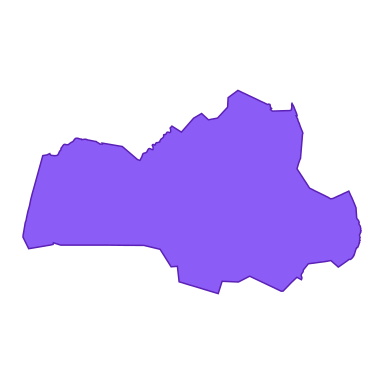 the district of Siltepec, Chiapas, Mexico
{"feature_id": "50627088B9123326628132", "entity_name": "Siltepec", "entity_type": "district", "adm_level": 2, "iso_a3": "MEX", "parent_name": "Mexico", "parent_adm1": "Chiapas", "projection": "mercator", "projection_center": [-92.403, 15.558], "detail": "fine", "context": "isolated", "style": "filled", "palette": "violet", "viewbox_px": 384, "rotation_deg": 0, "n_neighbors": 0, "source": "geoboundaries", "source_scale": "gbopen_adm2", "svg_char_len": 4994}
<svg xmlns="http://www.w3.org/2000/svg" viewBox="0 0 384 384"><path d="M218.2,293.6L222.1,281.3L238.4,282.0L249.3,276.4L249.7,276.2L281.2,291.2L283.1,291.1L291.5,282.4L295.2,278.9L296.9,277.3L301.4,279.7L301.8,278.8L301.9,277.7L301.7,276.8L301.3,276.2L301.2,275.5L301.3,274.9L301.5,274.1L301.9,273.4L302.5,272.7L302.9,272.1L303.2,271.2L303.4,269.9L308.3,263.8L312.0,263.3L313.9,263.1L317.2,262.6L318.9,262.4L321.9,262.0L323.5,261.8L327.0,261.3L327.1,261.2L329.0,260.9L331.0,260.6L333.4,262.8L337.1,266.0L338.3,267.1L342.6,264.1L345.1,262.3L348.1,260.2L348.6,259.6L349.8,259.4L350.6,259.4L352.0,258.2L352.4,257.6L352.9,257.2L353.2,256.6L353.2,256.3L353.6,256.1L353.8,255.3L354.0,255.3L354.3,254.5L356.1,248.7L356.6,248.3L356.7,248.0L356.7,247.6L357.3,247.5L357.8,247.2L358.6,245.3L358.7,245.0L358.9,244.0L359.2,243.7L359.1,243.3L359.3,242.7L359.6,242.5L359.6,242.2L359.6,241.8L359.4,241.0L360.1,240.3L359.8,239.8L359.7,239.4L359.7,239.1L359.6,238.6L360.1,237.8L360.1,237.4L359.9,237.1L359.8,236.6L359.7,236.3L359.5,235.8L359.6,235.1L359.5,234.6L360.0,234.0L360.2,233.5L360.3,233.1L360.4,232.8L360.5,232.7L360.9,232.0L360.9,231.9L360.6,231.7L360.8,231.2L360.9,230.8L361.0,230.6L360.7,230.4L360.8,230.0L360.8,229.8L360.6,229.4L360.8,228.6L360.4,227.0L360.3,226.2L359.8,225.4L359.6,225.1L359.3,224.7L359.2,224.5L358.8,223.4L359.1,223.0L359.2,222.6L358.8,221.1L357.5,219.2L357.1,219.0L356.7,218.0L356.0,207.8L354.5,204.0L352.6,199.5L351.7,197.4L350.6,195.2L348.8,191.1L346.1,192.4L344.0,193.3L340.8,194.9L338.6,195.8L336.3,196.9L332.8,198.5L330.6,198.8L328.9,197.8L328.1,197.3L326.4,196.5L324.7,195.6L320.4,193.5L317.1,191.9L314.4,190.6L312.4,189.5L309.6,188.2L308.5,186.5L306.3,183.0L304.2,179.9L302.7,177.5L300.4,174.0L297.9,170.2L297.0,168.8L298.5,163.7L299.9,159.6L300.5,158.6L301.0,152.5L301.5,146.5L302.0,140.6L302.5,134.3L302.9,133.3L302.6,132.2L301.6,129.8L300.5,127.0L300.4,126.8L299.4,123.9L299.3,123.4L299.2,123.4L298.0,120.6L297.8,119.3L297.7,119.3L297.0,117.8L296.4,116.4L296.1,115.8L297.1,115.7L296.8,114.9L296.9,114.5L296.6,113.7L293.6,106.2L292.0,103.4L291.8,103.8L291.7,104.4L291.7,104.8L291.7,105.4L291.7,105.8L291.8,106.4L291.8,106.8L291.7,108.0L291.5,108.5L291.5,109.4L291.0,110.2L290.6,110.4L290.1,110.5L289.7,110.5L289.4,110.6L289.0,110.6L288.8,110.6L284.6,110.7L281.2,110.8L278.7,110.9L275.4,111.0L272.3,111.1L271.9,110.7L271.6,110.4L271.3,110.2L270.8,109.8L270.4,109.5L270.7,108.9L270.9,108.7L271.4,108.6L271.6,108.5L271.5,108.3L271.2,108.1L270.6,107.7L270.6,107.3L270.4,106.7L270.3,105.9L270.1,105.2L270.0,104.5L269.5,104.3L269.2,104.2L268.5,104.1L268.3,104.2L268.0,104.4L267.6,104.4L267.3,104.4L267.1,104.3L264.1,102.8L261.2,101.5L258.8,100.3L257.1,99.5L252.7,97.4L250.8,96.5L248.4,95.4L246.2,94.3L242.7,92.7L239.0,90.9L237.9,90.4L235.4,92.3L231.7,95.0L230.1,96.2L228.1,97.7L227.6,107.2L217.5,118.1L208.4,119.8L206.5,118.0L201.6,113.5L193.6,118.2L185.9,127.0L181.4,132.1L171.9,126.1L171.4,126.7L171.0,127.1L170.7,127.4L170.2,127.9L170.2,128.4L170.6,129.6L170.7,131.0L170.5,132.0L170.1,132.4L169.4,132.6L168.7,132.3L167.8,132.1L166.9,132.4L166.5,133.0L166.2,133.7L165.8,134.2L165.3,134.6L164.6,134.5L163.8,134.7L163.6,135.6L163.6,136.5L163.4,137.2L162.6,138.0L161.9,138.5L161.0,139.1L160.4,140.1L159.9,141.0L159.7,142.0L159.3,142.2L158.8,142.2L158.3,142.3L157.5,142.7L156.7,142.6L156.1,142.9L155.5,143.7L155.3,144.4L155.1,144.9L154.4,145.0L153.5,144.5L152.7,144.6L152.3,145.1L152.3,145.7L152.8,146.4L153.0,146.8L153.1,148.2L153.0,149.4L152.7,149.7L151.9,149.5L151.1,149.1L150.4,148.8L149.3,148.5L148.5,148.9L147.9,149.8L147.3,150.8L147.0,151.7L146.5,152.2L145.5,152.9L144.5,153.0L143.2,153.5L142.7,154.2L142.4,155.1L142.1,156.1L141.9,156.7L141.4,157.5L141.0,158.5L140.6,159.1L140.4,159.6L140.2,160.1L139.9,160.4L137.6,159.6L137.2,159.3L122.3,146.5L102.8,143.2L103.0,143.4L103.0,143.6L102.9,143.8L102.4,144.1L102.1,144.2L101.7,144.2L101.4,144.0L101.0,143.9L100.8,144.0L100.5,144.1L100.1,144.1L99.9,144.1L99.5,143.7L98.9,143.3L97.9,142.7L97.3,142.4L96.2,141.5L94.8,141.3L88.2,140.0L87.9,140.0L87.4,139.8L86.7,139.5L85.7,139.2L85.2,139.3L84.3,139.3L83.3,139.4L82.2,139.5L81.9,139.7L81.4,139.1L80.8,139.1L78.8,138.6L78.1,138.3L77.2,138.2L76.4,138.2L75.8,138.3L75.2,138.6L74.9,139.0L74.2,139.7L73.8,140.5L73.2,141.2L72.3,141.9L71.4,142.3L70.2,143.1L69.2,143.9L68.5,144.5L67.6,144.7L66.4,144.7L65.4,144.5L64.9,144.3L64.1,144.5L63.8,144.6L63.1,145.4L62.7,145.9L62.2,146.8L61.3,147.8L60.9,148.8L61.0,149.7L60.3,150.5L59.5,151.4L59.1,152.3L58.6,153.5L57.8,154.9L57.0,155.4L55.7,155.6L54.8,155.7L53.7,155.6L51.3,155.3L50.8,155.1L50.1,154.4L49.8,153.6L48.2,154.3L47.0,154.9L42.8,155.6L32.8,191.7L32.4,193.0L30.7,199.7L29.5,205.8L27.9,211.4L26.6,217.5L26.0,220.7L25.3,222.4L24.9,224.7L23.9,230.7L23.1,235.1L23.0,237.2L28.7,248.7L44.8,246.0L47.0,245.6L50.2,245.1L53.1,244.4L53.4,242.8L60.7,245.1L80.2,245.1L106.7,245.1L124.9,245.3L126.3,245.3L143.9,245.4L160.1,249.3L171.1,266.8L177.4,266.3L179.1,281.8L189.0,284.8L218.2,293.6Z" fill="#8b5cf6" stroke="#5b21b6" stroke-width="1.5"/></svg>